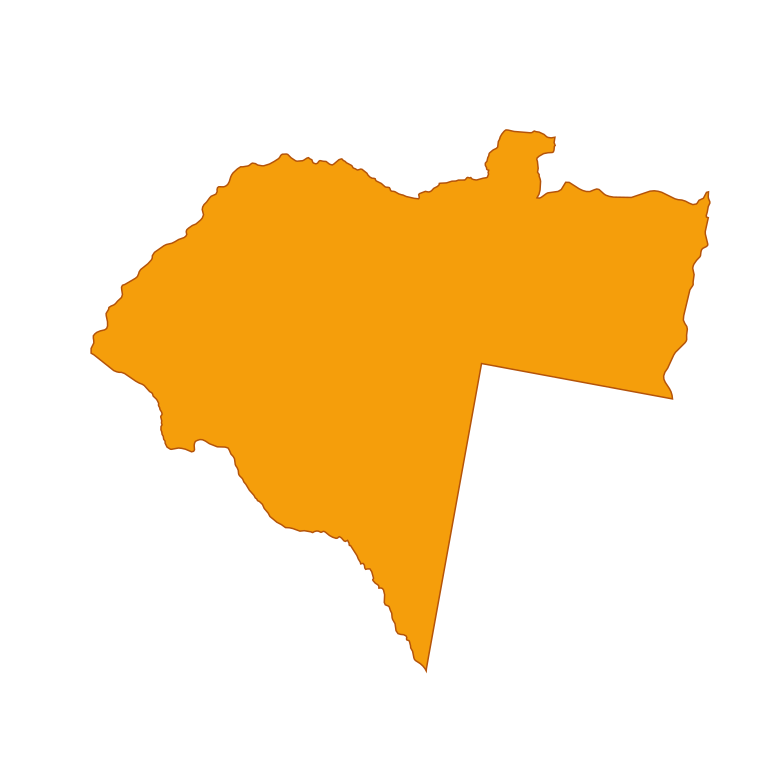 outline of Moxico, rotated 10°
{"feature_id": "AGO-1892", "entity_name": "Moxico", "entity_type": "Province", "adm_level": 1, "iso_a3": "AGO", "parent_name": "Angola", "parent_adm1": "", "projection": "albers", "projection_center": [20.805, -13.377], "detail": "fine", "context": "isolated", "style": "filled", "palette": "amber", "viewbox_px": 768, "rotation_deg": 10, "n_neighbors": 0, "source": "natural_earth", "source_scale": "10m", "svg_char_len": 6155}
<svg xmlns="http://www.w3.org/2000/svg" viewBox="0 0 768 768"><g transform="rotate(10 384 384)"><path d="M476.5,346.9L475.2,642.9L475.2,657.0L475.4,659.2L473.8,657.2L471.2,654.9L468.3,653.1L463.1,650.9L461.9,650.0L461.0,648.5L458.6,642.3L456.1,639.2L455.6,637.2L453.8,633.2L453.1,632.4L450.8,632.0L450.4,631.1L450.5,629.8L449.5,628.3L446.9,627.5L444.0,627.7L441.2,627.4L438.7,624.9L436.5,618.1L433.4,614.4L432.6,612.8L431.4,608.4L429.5,605.7L427.8,602.5L426.8,601.9L423.6,601.2L422.2,599.1L421.2,591.4L419.3,587.0L418.0,585.7L416.4,585.4L414.4,585.9L414.0,584.0L412.9,582.9L409.9,581.6L407.3,579.5L406.9,578.6L407.4,577.5L407.3,576.8L404.5,571.0L402.2,568.5L399.8,569.0L398.1,569.7L397.0,568.5L396.2,566.0L395.3,564.9L394.6,564.4L393.8,564.5L392.3,565.2L391.6,563.6L389.1,560.8L387.2,557.7L379.2,549.0L378.7,548.8L378.0,549.0L377.6,548.4L377.3,547.0L375.3,544.3L373.3,545.7L371.8,545.4L368.8,543.0L366.7,542.1L365.8,542.7L365.0,543.8L363.6,544.3L360.0,543.8L356.5,542.6L351.9,540.0L350.5,539.6L349.7,539.7L348.3,540.7L347.6,541.0L344.9,540.3L343.1,540.5L341.1,541.4L339.7,542.6L339.2,542.7L337.8,542.3L330.9,542.3L326.8,543.5L319.4,542.2L316.0,542.0L311.9,542.5L307.4,540.3L302.6,538.8L294.7,534.3L292.3,531.2L287.7,527.4L285.2,523.7L281.8,521.4L279.7,520.8L278.6,519.3L277.0,518.5L275.3,516.3L269.9,512.0L265.4,506.8L263.0,504.8L261.5,502.4L260.6,501.5L257.9,499.6L257.0,498.7L256.4,497.7L255.4,494.2L253.8,491.8L252.4,490.4L251.6,489.3L249.7,483.5L248.0,481.5L245.5,479.6L243.1,475.9L241.5,474.1L238.5,473.7L230.7,474.8L222.4,473.1L218.0,471.2L214.9,470.4L212.3,470.7L210.0,471.9L208.2,473.3L207.7,475.3L207.7,477.3L208.8,481.7L208.2,483.3L206.3,484.2L199.8,482.7L196.0,482.5L192.8,482.7L186.1,485.2L184.9,485.3L181.3,483.8L178.8,480.4L178.3,478.3L176.6,476.6L175.7,473.9L174.2,472.1L173.4,469.6L172.3,467.9L171.8,464.7L172.5,462.7L171.6,461.0L171.5,458.9L169.8,455.1L170.0,454.0L170.7,452.6L170.5,451.6L169.8,450.2L167.9,448.1L167.0,446.0L165.8,444.6L165.5,443.6L165.5,442.4L165.2,441.8L163.4,439.4L162.3,438.3L158.8,436.0L157.8,434.0L156.7,432.9L155.1,432.4L154.2,431.9L148.1,427.1L145.9,426.2L142.8,425.6L139.0,424.3L126.7,418.7L123.3,418.1L121.2,418.5L118.6,418.4L115.5,417.7L93.2,405.6L90.2,404.5L89.4,399.8L91.1,394.0L90.6,391.6L89.8,389.3L89.4,387.0L90.6,384.8L92.2,383.0L95.3,381.0L99.5,379.2L101.2,377.5L101.7,374.9L100.9,370.7L98.6,365.0L98.1,362.8L99.8,358.3L99.8,356.4L101.6,354.7L104.1,353.1L105.6,351.5L107.2,348.7L110.5,344.3L110.9,341.3L109.2,336.3L108.7,334.2L109.3,332.2L111.6,330.9L120.9,323.0L122.5,321.0L123.2,318.1L123.4,316.1L124.5,313.5L130.5,306.7L133.3,302.3L133.9,300.5L133.6,297.8L135.1,294.2L143.3,286.0L145.5,284.4L150.7,282.2L153.4,280.2L156.6,277.4L161.7,274.5L163.2,272.8L163.8,271.0L162.8,268.5L162.8,267.4L163.1,266.2L164.5,264.4L167.7,261.2L171.0,259.1L174.9,254.4L176.2,252.2L176.9,248.7L174.7,243.8L174.7,241.2L175.6,238.6L177.7,235.6L180.0,230.9L181.2,229.1L185.5,226.2L186.3,223.5L185.8,221.4L186.0,219.5L187.1,218.4L191.8,217.7L193.6,216.7L195.4,214.7L196.5,211.6L197.1,206.7L197.7,204.5L198.7,202.3L202.3,197.6L205.1,195.0L207.3,194.6L211.9,193.0L213.3,192.1L215.2,189.9L216.2,189.3L219.2,189.3L221.6,190.3L226.0,190.3L227.7,190.0L233.1,187.2L237.1,184.0L241.1,180.3L242.0,178.7L242.6,176.8L243.9,175.4L247.8,174.5L249.3,174.6L253.3,177.4L258.1,179.5L259.6,179.7L264.9,178.3L266.0,177.6L269.0,174.8L270.4,174.2L271.8,175.1L274.0,175.7L275.4,178.1L276.1,178.6L278.3,179.0L278.9,178.9L280.2,178.1L281.1,176.1L282.0,175.2L282.6,175.1L285.5,175.2L288.3,174.9L292.3,177.0L294.9,177.3L296.2,176.3L300.7,170.9L302.8,169.8L303.5,169.7L305.1,170.9L307.2,171.6L308.5,172.6L313.8,174.3L314.8,174.9L315.7,176.2L316.5,176.7L318.2,177.0L320.4,177.8L321.0,177.8L323.7,176.4L325.1,176.4L330.6,179.4L331.9,181.0L334.1,182.6L336.5,183.4L338.5,183.2L339.7,183.4L340.4,184.8L341.2,185.4L346.6,187.0L350.8,189.6L351.7,189.8L353.8,189.6L355.2,189.7L356.4,191.2L356.8,192.2L358.0,192.8L360.3,192.6L361.6,192.8L365.5,194.2L368.3,194.6L369.8,194.6L373.4,195.5L381.5,195.9L385.9,195.6L386.2,195.0L386.3,193.9L385.3,191.6L385.8,190.4L391.3,187.1L394.2,187.2L395.3,186.9L396.6,186.1L397.4,185.2L399.0,182.7L402.4,180.1L403.8,178.0L403.6,176.9L404.2,176.6L410.6,175.1L415.6,172.5L419.6,171.6L421.8,170.3L428.1,169.1L429.3,167.5L429.8,166.5L430.6,166.0L432.7,166.2L433.6,165.6L435.1,166.8L436.6,167.1L439.1,167.1L440.0,166.9L445.9,164.1L448.9,163.1L449.9,162.3L450.5,159.1L449.8,157.7L450.0,155.3L448.6,155.1L447.8,154.6L447.4,153.1L445.9,151.2L445.5,149.7L445.5,148.8L446.7,146.8L446.9,143.1L447.5,141.0L447.5,139.1L447.8,138.2L449.9,135.6L450.9,134.5L453.8,132.4L454.8,130.9L454.5,125.3L455.2,123.3L455.6,120.3L456.7,117.3L458.4,114.3L459.7,112.8L460.7,112.5L462.4,112.4L468.3,112.7L484.3,111.2L485.9,110.8L488.0,108.8L490.1,109.1L493.0,109.0L498.2,110.4L501.3,112.3L502.9,112.7L505.9,112.6L509.5,111.3L509.6,116.8L511.2,119.4L510.5,120.3L510.8,124.1L510.5,126.0L509.5,126.8L505.3,127.8L501.2,129.4L497.2,132.7L495.5,134.9L495.5,136.5L496.4,138.0L498.4,144.9L498.4,148.7L500.4,150.7L500.7,152.4L502.3,155.3L503.0,157.2L504.0,165.9L503.7,170.1L502.3,174.1L504.7,174.0L506.5,172.8L510.8,168.3L512.2,167.3L522.0,164.1L524.8,161.7L527.9,153.8L531.4,153.3L542.4,157.9L546.1,158.9L549.8,159.3L553.4,158.7L557.5,156.1L559.7,155.0L562.0,155.1L567.6,158.6L569.5,159.5L573.2,160.1L577.6,160.1L595.3,157.3L612.5,147.9L616.6,146.8L620.5,146.6L624.3,147.0L638.4,151.1L641.7,151.4L645.5,151.1L649.2,151.6L653.2,152.9L657.0,153.7L660.3,152.5L661.0,151.6L662.3,148.4L666.3,145.6L668.3,139.3L670.2,138.4L670.8,143.3L671.4,145.0L673.2,147.9L673.5,149.3L672.5,153.0L672.5,158.4L672.1,162.2L672.6,163.6L674.5,163.9L673.9,178.0L674.4,180.5L678.6,190.1L678.6,191.3L677.7,192.6L674.6,194.9L673.5,196.4L673.2,198.7L673.4,202.7L673.0,203.9L670.3,208.0L668.5,211.9L668.0,213.8L667.9,216.3L670.4,222.5L670.7,229.9L671.2,232.4L671.0,233.3L668.9,238.1L667.3,264.7L667.7,269.1L669.8,272.2L672.2,274.8L673.2,277.3L673.5,283.3L674.4,287.8L674.1,289.4L673.3,291.1L665.5,302.2L664.3,305.1L660.6,319.2L658.6,323.6L658.0,327.5L658.8,330.7L660.7,333.5L665.9,339.0L668.0,341.8L669.6,345.0L670.7,348.6L476.5,346.9Z" fill="#f59e0b" stroke="#b45309" stroke-width="1.5"/></g></svg>